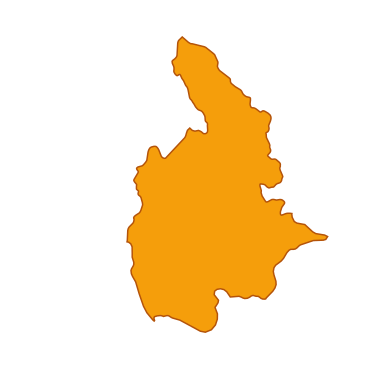 SVG path tracing the border of Chiang Rai, rotated 143°
{"feature_id": "THA-389", "entity_name": "Chiang Rai", "entity_type": "Province", "adm_level": 1, "iso_a3": "THA", "parent_name": "Thailand", "parent_adm1": "", "projection": "orthographic", "projection_center": [99.723, 19.722], "detail": "fine", "context": "isolated", "style": "filled", "palette": "amber", "viewbox_px": 384, "rotation_deg": 143, "n_neighbors": 0, "source": "natural_earth", "source_scale": "10m", "svg_char_len": 5657}
<svg xmlns="http://www.w3.org/2000/svg" viewBox="0 0 384 384"><g transform="rotate(143 192 192)"><path d="M197.3,62.3L198.1,62.5L199.9,63.9L200.9,65.5L201.3,67.2L201.9,68.8L203.6,70.2L205.5,72.7L207.3,73.3L209.3,73.3L211.7,73.8L214.0,75.2L215.1,76.7L215.9,78.4L217.2,80.4L224.6,85.1L224.3,91.3L225.2,94.8L227.5,97.6L230.6,99.2L233.6,99.2L236.1,96.6L236.0,89.6L237.6,88.1L238.1,87.8L241.8,86.4L242.7,86.2L243.1,85.9L245.0,79.4L248.3,75.2L253.3,71.7L259.4,70.3L265.7,72.0L269.1,75.8L278.8,97.0L283.2,102.8L284.0,104.2L284.9,106.7L285.5,107.7L286.8,108.6L289.7,109.8L290.2,110.8L291.5,112.3L294.3,114.0L297.0,115.0L298.3,114.3L299.2,111.9L299.9,111.7L300.3,113.5L300.7,122.7L299.5,129.9L295.4,142.6L291.1,154.1L290.3,160.3L289.6,163.2L288.0,166.0L286.6,167.0L283.3,168.4L282.0,169.3L280.8,170.9L279.0,175.9L276.8,178.8L272.8,184.3L272.1,187.5L272.8,190.0L273.9,191.3L272.7,192.4L266.4,200.0L265.0,201.1L264.2,201.5L263.1,201.9L258.4,202.6L257.5,202.8L256.6,203.3L255.4,204.3L254.8,205.0L254.5,205.5L254.4,206.0L254.1,206.5L253.5,206.9L252.7,207.2L251.0,207.3L246.9,207.0L246.2,207.1L245.1,207.5L243.9,208.1L239.6,211.1L239.1,211.5L238.8,212.0L238.0,213.4L236.6,217.0L236.2,217.9L236.0,219.0L236.0,219.6L236.1,220.2L236.4,221.3L236.5,221.9L236.4,222.4L236.2,222.9L235.9,223.3L235.5,223.7L234.7,224.3L234.4,224.7L234.2,225.2L234.2,225.7L234.4,226.3L234.5,226.9L234.6,227.4L234.5,227.9L234.2,228.3L233.0,229.9L232.0,231.0L231.7,231.4L231.7,231.6L231.8,234.2L231.8,234.8L231.7,235.5L231.6,236.0L231.3,236.5L230.5,237.0L223.7,239.8L223.3,240.0L222.9,240.3L222.6,240.7L222.5,241.1L222.5,242.2L222.5,242.8L222.4,243.4L222.2,243.9L221.9,244.3L221.2,244.5L220.2,244.5L218.3,243.8L216.6,243.1L216.0,242.9L215.0,242.9L213.6,243.1L211.0,243.7L209.7,244.2L208.9,244.6L203.1,250.3L201.3,251.6L200.2,252.1L199.0,252.5L198.1,252.5L196.9,252.2L194.8,251.3L193.9,250.6L193.3,249.9L193.0,248.6L193.0,247.1L193.2,245.6L195.0,239.2L195.0,238.5L195.0,237.7L194.8,237.1L194.5,236.5L194.2,236.0L193.8,235.5L192.8,234.9L165.2,239.7L164.2,240.1L163.0,240.8L160.8,242.5L158.5,244.0L155.3,244.4L154.7,241.0L153.0,238.8L149.8,237.3L148.7,235.4L148.2,234.1L148.0,232.9L147.6,231.6L146.6,230.8L145.8,230.4L145.0,230.3L144.4,230.4L143.7,230.6L143.3,230.9L142.9,231.3L142.3,231.9L139.8,235.7L138.8,236.8L138.5,237.4L138.3,238.1L138.4,238.8L138.5,239.4L138.6,240.1L138.5,240.8L138.2,241.4L136.3,244.3L136.1,245.0L135.9,245.6L135.5,248.5L135.5,249.2L135.6,250.6L136.1,251.7L137.1,253.2L137.4,253.8L137.6,254.4L137.8,255.8L137.9,258.0L137.5,260.8L137.4,263.3L137.2,264.6L137.2,265.5L137.2,266.3L137.4,267.0L137.3,267.9L137.1,268.9L133.6,276.1L133.0,277.8L132.8,279.0L132.9,280.5L132.8,281.4L131.8,285.8L131.7,288.8L131.0,291.8L130.9,292.6L131.0,293.2L131.5,293.5L132.1,293.7L132.8,293.6L133.4,293.7L133.9,293.9L134.2,294.4L134.4,295.3L134.5,296.4L134.3,298.2L134.0,299.1L133.4,299.9L132.7,300.6L131.5,302.2L130.9,303.8L130.3,306.5L129.7,307.6L129.2,308.4L128.6,308.6L128.0,308.7L125.7,308.7L124.4,308.9L123.5,309.1L123.0,309.3L122.0,309.9L121.5,310.4L113.7,319.6L112.8,320.3L112.4,320.6L111.8,320.9L111.2,321.1L106.5,321.7L104.8,313.7L103.9,311.4L102.4,310.0L94.7,300.5L94.0,299.2L91.5,289.4L91.3,288.0L93.0,280.5L93.3,280.0L93.6,279.5L96.1,277.1L96.4,276.3L96.7,275.2L96.9,273.2L96.8,272.1L93.7,260.9L93.5,259.4L93.7,258.8L94.9,257.0L95.2,255.9L95.3,255.1L94.1,250.1L92.0,244.9L91.7,243.7L91.7,242.6L92.2,240.1L92.2,239.2L92.1,238.3L91.7,236.6L91.4,235.9L91.1,235.3L89.2,233.0L88.9,232.3L88.9,231.8L89.0,231.6L90.1,230.1L92.5,227.6L92.9,227.0L93.3,226.2L93.7,224.9L93.8,224.0L93.5,223.4L92.7,222.5L92.2,222.2L91.8,221.7L91.3,220.9L90.8,219.7L89.8,216.0L89.5,215.0L89.1,214.6L88.5,214.4L87.1,214.3L86.4,214.1L85.7,213.4L85.0,212.1L83.8,209.1L83.5,207.5L83.3,206.3L83.5,205.6L83.6,205.0L83.9,204.4L84.2,203.8L84.9,202.9L86.6,201.5L90.3,199.3L90.7,199.0L91.1,198.5L91.4,198.0L91.9,196.9L92.2,196.4L92.6,196.0L93.0,195.6L94.0,194.9L94.6,194.7L95.3,194.5L95.9,194.6L96.6,194.7L97.2,194.7L97.7,194.3L98.1,193.3L98.6,192.6L99.8,190.7L101.1,184.2L101.4,183.3L101.7,182.5L102.9,181.2L103.2,180.6L103.7,178.9L103.9,178.2L104.3,177.8L104.7,177.3L105.1,177.0L105.7,176.7L106.3,176.5L108.4,176.1L109.1,175.9L109.7,175.5L109.8,174.9L109.7,174.1L109.4,173.2L109.1,171.4L108.8,170.5L108.3,169.9L106.8,169.0L106.3,168.7L105.5,167.8L105.2,166.9L104.4,163.1L104.4,161.9L104.7,161.0L105.5,160.1L105.8,159.6L106.2,159.2L106.6,158.9L107.2,158.6L107.9,157.7L108.5,156.2L109.8,150.9L110.2,149.7L110.6,149.4L112.2,148.5L113.5,147.3L114.0,147.0L114.6,146.8L115.1,146.6L115.8,146.5L116.5,146.6L119.0,147.4L120.3,147.5L123.5,146.9L123.8,146.9L124.3,147.1L125.2,147.7L125.7,148.0L127.6,148.7L128.1,149.0L128.4,149.5L128.9,150.5L129.2,151.9L129.2,152.6L129.3,153.3L129.5,153.9L130.1,154.9L130.5,155.4L132.2,157.0L132.7,157.3L133.4,156.9L134.1,156.0L135.5,152.2L135.9,151.3L137.2,149.9L138.4,146.6L138.9,140.7L138.8,139.5L138.4,139.1L137.8,138.8L137.3,138.6L133.1,138.0L132.5,137.8L131.5,137.1L130.7,136.3L129.6,134.9L129.2,134.6L126.5,133.2L125.5,132.4L125.0,131.8L124.6,131.0L124.2,129.3L124.2,128.3L124.5,127.7L124.9,127.3L125.5,127.0L129.2,125.8L129.8,125.5L133.2,123.1L133.8,122.4L134.6,121.3L134.8,120.5L134.6,119.9L134.2,119.5L133.0,119.1L130.4,118.4L129.2,117.9L128.2,117.3L126.5,116.0L125.2,114.7L125.5,114.5L127.2,111.5L128.1,106.9L127.0,104.1L121.5,98.1L119.6,87.6L118.2,84.3L112.0,77.8L110.5,74.8L113.7,73.6L116.1,74.5L124.3,80.2L137.2,84.5L138.8,84.6L141.9,84.2L143.7,84.3L145.2,85.0L147.7,86.8L149.4,87.1L152.6,86.5L158.9,83.9L162.3,83.2L169.2,83.2L172.1,82.2L174.9,79.6L176.4,76.6L178.7,70.2L180.6,67.4L183.6,65.4L187.3,64.1L196.5,62.7L197.3,62.3Z" fill="#f59e0b" stroke="#b45309" stroke-width="1.5"/></g></svg>